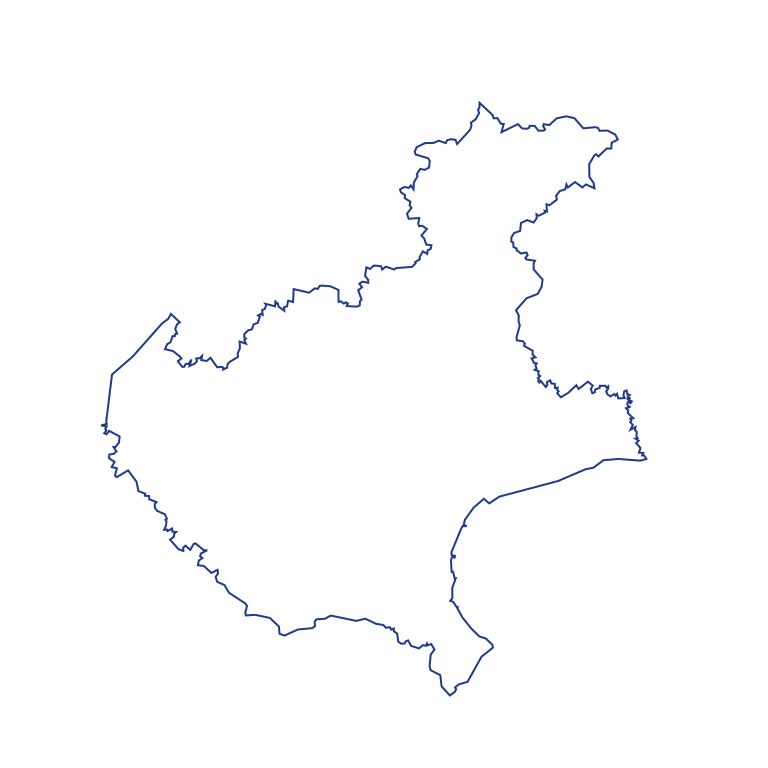 the district of Veneto, Treviso, Italy, rotated 10°
{"feature_id": "23120603B96721879872173", "entity_name": "Veneto", "entity_type": "district", "adm_level": 2, "iso_a3": "ITA", "parent_name": "Italy", "parent_adm1": "Treviso", "projection": "orthographic", "projection_center": [12.018, 45.736], "detail": "fine", "context": "isolated", "style": "outline", "palette": "blue", "viewbox_px": 768, "rotation_deg": 10, "n_neighbors": 0, "source": "geoboundaries", "source_scale": "gbopen_adm2", "svg_char_len": 6153}
<svg xmlns="http://www.w3.org/2000/svg" viewBox="0 0 768 768"><g transform="rotate(10 384 384)"><path d="M287.6,626.3L287.1,633.6L288.2,635.9L297.2,633.7L312.3,634.2L322.6,641.1L324.5,648.1L329.8,649.0L341.8,640.7L355.7,636.9L358.1,634.5L357.0,630.2L358.3,627.5L366.7,625.4L371.8,621.3L397.9,622.1L406.3,618.4L418.0,621.6L425.1,621.4L428.1,623.7L432.1,622.5L433.6,624.6L436.2,623.1L436.6,625.8L440.3,627.5L442.7,635.2L446.1,636.8L449.5,635.9L450.0,633.7L452.3,632.3L456.1,637.2L464.4,638.3L467.6,634.5L470.8,634.5L471.3,632.1L472.5,633.7L475.7,631.9L479.8,636.8L477.0,642.3L477.9,654.0L479.7,657.8L490.0,661.0L493.3,671.9L503.0,679.3L507.2,674.8L508.1,672.2L506.6,670.5L509.7,666.9L518.0,662.8L527.4,635.6L537.1,624.7L535.9,621.9L528.3,616.9L521.8,616.1L512.7,609.9L501.8,600.3L495.1,592.0L495.6,590.1L495.0,591.8L490.1,586.6L486.9,586.0L488.5,582.9L486.6,572.9L488.4,562.9L487.4,563.3L484.6,556.9L483.2,557.3L480.5,545.7L481.1,542.4L483.7,542.7L483.8,541.0L480.2,540.7L479.7,537.7L485.2,512.6L486.3,510.2L490.1,509.7L486.9,508.6L487.3,503.6L493.7,490.2L502.3,479.7L508.3,483.3L517.3,474.8L572.3,449.3L597.4,432.9L604.7,430.1L613.3,421.0L627.9,417.1L649.6,415.0L655.4,412.3L652.6,409.2L650.7,409.5L651.3,406.9L647.0,407.4L647.7,402.5L642.6,398.5L644.6,395.6L641.0,394.1L643.1,393.2L641.6,391.4L641.3,387.3L639.0,385.6L639.2,382.7L634.7,386.2L636.2,381.1L633.1,378.9L634.0,377.1L632.6,375.4L635.4,374.5L629.0,370.1L629.2,367.6L626.6,365.8L630.8,363.5L628.4,363.9L626.9,360.8L627.7,358.6L630.0,360.1L631.1,358.1L626.7,356.5L629.1,354.7L626.9,355.6L626.1,353.9L627.9,352.2L625.3,351.6L624.0,348.2L621.8,349.5L621.8,353.8L623.5,355.9L621.4,356.6L617.2,357.5L615.2,353.2L614.0,355.3L612.4,353.9L609.3,356.9L605.7,355.3L604.1,352.6L605.7,349.6L605.2,347.4L604.0,349.0L602.2,347.3L596.9,348.3L597.1,350.3L593.0,352.7L593.0,355.6L590.8,356.9L588.6,353.1L589.8,349.3L584.4,346.3L576.5,355.1L573.6,351.8L567.0,360.7L560.5,366.4L556.2,363.0L557.2,360.8L555.5,359.7L555.7,357.4L553.1,358.2L552.2,354.2L548.8,354.4L547.0,351.5L544.1,354.0L545.0,356.5L543.9,358.9L537.8,353.7L537.0,355.6L535.3,354.5L535.8,352.4L534.4,351.4L536.4,349.0L534.4,348.1L534.1,344.6L530.0,343.9L531.6,342.3L529.9,339.4L530.8,337.2L528.2,337.2L524.9,333.2L528.5,331.4L525.3,329.5L524.7,325.4L515.3,322.1L515.7,319.8L513.4,317.8L507.3,317.9L506.4,315.1L507.6,302.7L505.6,298.9L504.8,293.0L501.2,288.4L509.5,274.8L519.7,268.6L522.4,260.7L522.0,253.6L511.5,245.2L510.4,239.2L511.3,236.4L502.8,236.6L501.3,235.3L503.1,232.3L501.5,229.8L496.1,231.7L491.3,229.2L491.1,227.5L487.7,226.6L486.7,222.2L484.7,221.7L484.0,217.4L485.9,212.7L491.5,209.6L490.9,201.7L496.5,197.7L503.3,199.0L505.6,194.2L504.7,190.4L507.2,191.4L512.9,187.2L512.1,185.5L514.5,185.8L512.8,178.8L515.9,179.3L522.2,172.4L520.8,168.6L523.7,163.4L528.7,160.8L529.0,155.8L531.0,158.5L537.1,151.9L545.2,156.0L548.3,152.4L557.3,154.7L555.5,149.6L550.3,144.5L547.9,131.8L551.6,122.0L553.1,120.9L555.6,122.7L562.4,113.4L566.9,112.7L566.3,106.8L571.8,102.7L568.5,98.2L560.1,95.6L552.3,97.2L550.2,94.6L547.5,94.4L535.9,97.6L525.3,89.1L517.1,88.7L507.9,92.4L501.8,100.3L496.2,100.4L495.9,102.3L498.4,105.2L497.4,106.7L492.0,107.7L487.5,103.6L482.5,104.5L482.6,106.3L480.3,107.9L475.6,108.3L470.8,104.8L456.0,115.6L456.7,107.1L453.8,107.4L449.5,102.5L445.8,103.3L444.4,100.4L429.3,90.5L430.0,95.3L429.0,97.5L430.6,100.6L428.4,107.2L424.2,111.6L425.3,114.1L424.7,118.7L414.3,135.0L412.0,131.1L407.4,131.3L403.8,133.0L403.0,136.0L395.7,134.9L390.9,138.0L382.7,139.6L375.0,145.1L373.9,149.9L375.3,152.5L388.2,154.0L390.3,156.2L390.8,163.1L386.8,166.1L382.4,165.8L379.8,171.7L381.0,173.4L378.4,180.5L379.3,187.2L375.9,183.8L374.6,186.5L369.8,186.5L366.0,189.5L367.3,192.2L372.0,194.3L372.1,197.3L378.4,199.9L378.2,203.5L380.4,205.8L377.1,212.4L379.6,217.0L389.9,214.4L389.8,220.0L391.3,222.6L394.0,221.5L399.3,223.8L395.1,231.4L398.3,233.7L401.5,239.4L406.6,239.1L406.5,242.8L403.7,244.8L404.0,248.4L399.2,246.6L397.0,253.0L397.7,254.9L393.5,258.5L394.2,259.5L391.5,263.7L375.6,267.8L374.2,269.5L365.5,268.1L362.3,271.6L360.8,268.6L358.2,268.6L353.3,269.2L350.3,273.1L346.4,272.2L346.6,280.8L350.4,284.2L350.9,287.1L344.9,287.0L342.3,289.6L345.6,292.5L342.3,296.1L347.3,304.9L346.0,306.5L346.4,311.0L343.6,312.6L333.7,313.7L334.4,310.9L332.3,310.2L330.3,311.8L327.2,310.1L325.0,311.0L322.8,299.3L314.5,297.1L306.1,297.8L303.6,298.6L302.3,301.8L299.1,301.9L294.4,307.1L278.6,306.2L280.2,319.0L275.1,318.6L275.0,324.4L272.2,325.7L273.1,329.2L266.8,326.1L265.2,322.8L263.4,323.8L262.6,320.3L263.2,326.4L253.3,325.6L254.3,326.6L253.6,330.7L251.2,332.3L252.5,337.0L250.6,336.3L248.1,338.4L250.1,339.2L249.0,345.8L245.2,347.9L244.5,353.0L240.9,354.8L237.8,358.9L238.2,362.4L240.1,363.2L238.8,365.1L241.1,368.3L234.4,367.3L235.9,373.9L234.6,379.1L235.5,382.7L228.2,389.0L226.6,391.4L226.5,395.3L223.0,397.7L223.0,395.8L221.2,395.3L216.8,396.5L208.6,388.3L205.4,392.1L199.9,392.2L199.9,387.9L197.9,390.7L194.7,391.4L195.8,394.2L194.1,396.8L189.3,400.1L190.2,393.3L188.0,398.3L185.3,398.5L184.0,401.9L182.3,402.1L177.0,397.4L180.1,394.0L178.2,392.4L170.5,388.2L162.2,387.7L163.6,382.4L166.5,379.9L167.5,373.5L169.6,373.4L169.8,371.0L171.5,370.3L168.8,366.1L169.8,361.3L172.2,358.7L162.0,352.0L160.2,357.3L155.1,362.6L131.9,400.4L114.5,421.9L117.0,469.5L118.0,471.4L112.6,473.9L118.3,473.9L117.3,476.6L118.7,477.9L117.0,481.0L119.3,481.7L121.6,477.9L132.8,481.6L133.1,487.9L130.6,492.5L128.6,493.0L132.3,496.9L129.8,499.8L125.8,501.1L126.0,504.8L132.2,507.5L130.2,513.0L135.6,513.4L134.9,520.9L136.9,522.2L147.0,513.5L157.3,523.3L160.7,532.1L167.8,533.5L167.9,535.6L172.1,535.1L172.9,538.3L180.5,539.8L179.1,541.9L179.8,545.6L182.7,548.4L190.8,550.3L193.6,554.4L192.3,555.8L193.6,556.9L193.9,560.9L192.9,565.8L195.5,565.0L196.3,566.4L200.4,563.1L201.2,566.1L205.0,565.8L203.4,567.9L203.7,570.9L200.3,574.4L210.2,582.3L215.4,583.3L214.7,580.0L216.5,577.7L222.0,580.9L224.4,574.4L226.3,573.8L235.4,579.0L238.8,578.4L233.0,582.8L232.9,585.6L235.4,587.0L232.3,590.0L232.2,594.8L238.2,594.5L246.8,600.0L252.4,595.9L253.4,599.5L251.7,603.2L254.1,607.8L261.8,609.7L267.7,616.6L285.4,624.1L287.6,626.3Z" fill="none" stroke="#1e3a8a" stroke-width="2"/></g></svg>